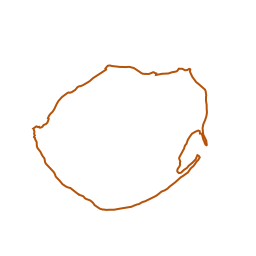 outline of Emau, Vanuatu, rotated 217°
{"feature_id": "77236927B40148322010729", "entity_name": "Emau", "entity_type": "district", "adm_level": 2, "iso_a3": "VUT", "parent_name": "Vanuatu", "parent_adm1": "", "projection": "natural_earth1", "projection_center": [168.487, -17.482], "detail": "fine", "context": "isolated", "style": "outline", "palette": "amber", "viewbox_px": 256, "rotation_deg": 217, "n_neighbors": 0, "source": "geoboundaries", "source_scale": "gbopen_adm2", "svg_char_len": 2441}
<svg xmlns="http://www.w3.org/2000/svg" viewBox="0 0 256 256"><g transform="rotate(217 128 128)"><path d="M147.6,181.0L147.9,180.8L149.2,180.1L150.4,179.9L153.3,179.8L159.4,179.4L163.4,177.8L164.6,177.0L165.9,175.7L171.4,171.8L178.2,167.8L180.0,167.1L181.5,165.7L181.8,164.0L181.8,161.9L181.2,161.9L180.6,161.5L183.3,154.0L185.9,146.9L186.9,142.0L189.8,135.0L191.3,132.6L192.0,132.1L192.9,130.3L193.1,126.6L194.5,122.8L195.7,121.1L196.6,120.8L197.4,119.7L199.4,112.9L199.8,107.6L199.4,104.3L198.2,98.6L198.0,95.5L198.5,92.4L198.4,89.9L197.8,87.6L197.0,87.7L196.6,87.2L195.6,83.7L195.9,81.8L196.9,80.1L197.2,79.6L197.2,79.1L197.1,77.5L198.0,75.7L198.9,75.1L199.6,75.5L200.5,74.5L202.0,74.3L202.3,73.8L203.3,70.5L203.0,70.5L200.4,68.7L199.6,66.9L197.9,66.0L197.8,64.4L197.6,64.1L196.2,64.0L195.3,63.1L192.5,61.8L189.9,58.7L188.3,57.6L183.6,56.3L180.1,54.5L176.3,53.3L173.7,50.9L172.3,50.1L161.2,48.2L159.4,47.6L156.4,45.7L151.0,44.8L146.4,43.7L141.7,44.0L139.4,44.7L138.0,45.4L135.1,45.3L127.3,45.2L127.3,45.4L126.1,45.5L123.0,46.5L122.0,46.5L120.4,46.0L118.8,46.1L115.1,47.3L113.0,47.4L111.0,47.2L108.2,46.3L102.1,46.6L98.9,47.7L98.4,48.3L96.2,49.4L93.8,51.4L89.9,54.4L85.0,59.7L77.8,67.2L76.7,69.3L74.6,72.6L73.5,73.8L72.5,76.3L71.6,78.0L70.4,79.5L65.0,90.1L64.1,92.7L63.0,97.3L61.0,100.6L60.0,103.2L59.5,106.2L57.6,113.0L56.2,120.4L55.4,122.3L53.4,128.5L53.6,133.5L52.8,137.3L53.0,142.6L52.7,144.5L53.0,147.7L54.7,148.3L56.2,148.1L55.1,143.6L55.7,138.9L56.8,134.4L56.9,131.5L58.1,128.2L58.7,124.4L59.0,123.9L60.3,122.6L62.3,122.9L63.1,123.7L63.7,125.3L63.8,128.5L64.4,130.1L65.6,131.4L66.1,132.8L67.3,133.4L68.9,134.5L69.1,134.9L69.4,135.8L70.2,141.1L70.8,145.2L71.9,148.1L71.8,150.6L73.1,154.5L73.4,157.7L73.5,161.8L72.2,165.0L70.9,167.5L70.1,168.4L68.8,168.6L67.7,167.4L67.3,166.9L66.8,167.4L66.7,167.5L64.8,167.2L60.7,164.0L60.4,163.8L60.2,163.7L59.3,163.4L57.4,162.0L56.0,161.4L55.0,161.4L54.9,161.9L57.9,165.0L64.1,168.1L68.3,172.7L70.0,176.0L71.3,181.1L72.5,184.6L74.2,187.8L77.3,191.4L79.0,193.7L82.1,196.7L84.7,200.2L84.9,200.9L88.0,204.0L89.6,205.0L97.8,205.6L101.2,205.7L107.5,207.6L111.8,209.9L112.7,210.6L113.3,212.0L113.5,212.3L114.3,212.3L114.9,211.7L115.5,210.0L117.2,208.4L120.2,208.0L123.1,205.9L123.0,203.3L123.6,202.0L126.5,198.9L128.5,195.9L133.4,191.8L136.4,188.5L137.6,187.2L138.2,188.6L139.9,188.0L141.0,188.0L141.4,187.8L143.3,184.5L144.1,183.5L147.6,181.0Z" fill="none" stroke="#b45309" stroke-width="2"/></g></svg>